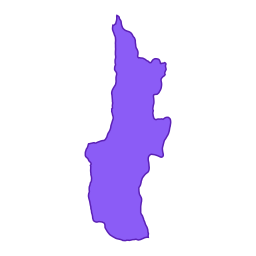 X-1 Right Bank Essequibo, Upper Demerara-Berbice, Guyana
{"feature_id": "73187651B95579298937311", "entity_name": "X-1 Right Bank Essequibo", "entity_type": "district", "adm_level": 2, "iso_a3": "GUY", "parent_name": "Guyana", "parent_adm1": "Upper Demerara-Berbice", "projection": "robinson", "projection_center": [-58.454, 5.555], "detail": "fine", "context": "isolated", "style": "filled", "palette": "violet", "viewbox_px": 256, "rotation_deg": 0, "n_neighbors": 0, "source": "geoboundaries", "source_scale": "gbopen_adm2", "svg_char_len": 5765}
<svg xmlns="http://www.w3.org/2000/svg" viewBox="0 0 256 256"><path d="M112.8,25.3L112.8,25.7L112.6,27.1L112.5,28.5L112.6,29.7L113.1,31.2L113.8,32.9L114.2,34.1L114.5,35.1L115.1,36.3L115.4,37.3L115.6,40.2L115.5,41.8L115.4,43.3L115.5,44.6L115.5,46.0L115.5,47.4L115.6,48.9L115.5,50.4L115.4,52.0L115.4,53.2L115.4,54.5L115.6,55.9L115.7,57.1L115.5,58.5L115.1,59.9L115.1,61.0L115.1,62.3L115.2,63.3L115.5,64.3L115.4,65.3L114.9,66.2L114.6,67.9L114.6,69.6L115.1,70.6L115.9,71.7L116.5,72.7L116.7,74.1L116.5,75.1L116.2,76.3L116.0,77.5L116.0,78.5L116.0,79.9L116.1,81.3L115.9,82.8L115.7,83.9L115.4,84.9L114.8,85.8L114.3,86.6L113.5,87.9L112.9,89.0L112.3,90.2L111.9,91.5L111.7,92.7L111.7,93.7L112.0,95.1L112.1,96.2L112.3,98.9L112.4,100.1L112.4,101.4L112.7,102.9L112.5,104.2L112.3,105.7L112.4,106.9L112.5,108.1L111.7,108.9L111.8,110.0L111.7,111.6L112.2,113.0L112.4,114.0L112.6,115.1L113.0,116.2L113.2,117.3L113.2,118.5L112.9,119.5L112.4,121.0L112.0,122.4L111.6,123.6L111.3,124.6L110.9,126.0L110.8,127.0L110.5,128.5L110.0,129.9L109.5,131.0L109.0,131.9L108.4,132.8L107.7,134.2L107.3,135.5L107.0,136.4L106.7,137.4L106.1,138.2L105.6,139.1L104.9,139.9L104.0,140.5L103.1,140.5L102.1,140.7L101.2,140.9L100.3,141.2L99.3,141.6L98.1,142.0L97.0,142.5L96.0,143.0L95.0,143.1L94.2,142.7L93.2,142.8L92.2,143.1L91.0,143.3L90.0,143.6L88.6,143.8L88.2,144.8L87.9,146.1L87.5,147.2L87.0,148.2L86.3,149.2L86.0,150.3L85.5,151.7L85.3,152.7L85.3,154.0L85.3,155.3L85.6,156.4L86.4,157.3L87.6,158.3L88.3,159.4L88.7,160.4L89.4,161.4L90.4,162.3L91.1,163.4L91.1,164.4L90.4,165.3L90.8,166.7L90.7,167.8L90.7,168.8L90.6,170.3L90.7,171.9L90.9,173.5L90.9,174.8L91.3,176.1L91.5,177.3L91.6,178.5L91.5,179.5L91.4,180.9L91.0,181.9L90.4,182.8L90.2,184.0L89.8,185.5L89.3,186.8L89.2,188.1L89.2,190.1L89.4,191.2L89.2,192.4L88.7,193.7L88.5,195.2L88.5,196.4L88.7,197.5L89.0,198.8L89.4,200.2L89.8,201.8L90.1,203.6L90.4,205.2L90.8,206.9L90.9,208.6L91.2,209.8L91.5,210.8L91.5,211.8L91.7,212.9L92.1,214.2L92.4,215.4L92.6,216.6L92.7,218.1L93.0,219.1L93.4,220.4L94.3,221.3L95.6,221.9L96.8,222.1L97.8,221.9L98.9,221.6L99.9,221.7L100.8,221.8L102.1,222.0L103.2,222.5L104.0,222.9L104.6,223.7L104.9,224.7L105.0,226.0L105.0,227.3L105.5,228.5L106.2,229.6L107.0,231.0L107.6,231.9L108.2,232.7L109.5,234.3L110.5,235.2L111.4,235.7L112.4,236.4L113.5,237.0L114.6,237.6L115.6,238.2L116.7,238.6L117.9,238.9L118.9,239.1L119.7,239.3L120.6,239.5L121.8,239.9L122.6,240.4L123.4,240.5L124.6,240.6L125.6,240.6L126.8,240.2L128.1,240.2L129.3,240.4L130.2,240.2L131.2,240.0L132.2,239.7L133.2,239.6L134.2,239.6L135.2,239.3L136.3,239.3L137.3,239.7L138.3,240.0L139.4,239.8L140.6,239.5L141.5,239.1L142.7,238.6L143.9,238.1L144.8,237.6L145.8,237.5L146.8,237.2L148.3,237.3L148.1,235.9L148.3,234.7L148.4,233.3L148.0,232.3L147.9,231.0L147.7,229.5L147.3,228.2L146.9,227.1L146.4,226.2L145.9,225.3L145.4,224.2L145.0,223.0L144.7,222.0L144.2,220.9L143.7,219.8L143.5,218.7L142.9,217.2L142.4,215.8L141.8,214.9L141.2,214.0L140.7,212.7L140.7,211.6L140.7,209.7L140.7,208.3L140.7,206.7L140.8,205.6L141.0,204.4L141.2,202.7L141.5,201.5L141.6,200.2L141.6,199.0L141.3,197.8L140.8,196.8L140.3,195.8L139.7,194.8L139.3,193.7L139.1,192.2L138.9,190.9L138.9,189.8L138.8,188.7L138.9,187.5L139.6,186.5L140.4,185.1L140.7,184.0L141.1,182.4L141.2,181.2L141.7,180.0L142.1,178.6L142.6,177.6L143.5,176.4L144.4,175.2L145.4,174.1L146.1,173.5L146.9,172.9L148.0,172.0L148.7,170.8L149.1,169.2L149.2,167.4L149.0,165.8L148.9,164.3L148.7,162.6L148.4,161.1L148.2,159.9L148.2,158.8L148.3,157.6L148.6,156.6L149.3,155.6L150.0,154.9L151.0,154.3L151.9,154.3L153.0,154.5L154.1,154.6L155.3,154.9L156.5,155.3L157.9,155.8L159.0,156.3L160.2,156.9L161.1,157.2L162.1,157.0L162.9,156.4L163.3,155.2L163.2,154.0L163.0,153.1L162.7,151.7L162.5,150.2L162.4,149.0L162.4,148.0L162.7,146.6L163.0,145.6L163.2,144.6L163.5,143.6L163.9,142.0L164.2,141.0L164.8,139.7L165.5,138.9L166.3,137.5L167.1,136.1L167.9,134.8L168.5,133.4L169.0,131.8L169.3,130.7L169.5,129.4L169.8,127.6L170.2,126.1L170.4,124.7L170.6,123.4L170.7,122.3L170.6,120.8L170.4,119.7L170.0,118.8L169.3,118.1L168.4,117.4L167.3,117.3L166.2,117.4L165.1,117.8L163.9,118.7L163.0,119.3L161.9,118.9L161.0,119.0L160.0,119.1L159.1,119.1L158.2,119.0L157.2,119.2L156.3,119.6L155.3,119.5L154.5,119.0L153.8,118.0L153.4,116.6L153.1,115.3L153.0,114.2L152.8,113.2L153.0,111.9L153.3,110.7L152.9,109.5L152.8,108.4L153.0,107.3L153.2,105.8L153.5,104.7L153.8,103.5L153.9,102.4L153.9,101.2L153.8,99.7L153.7,98.5L153.5,97.1L153.4,95.8L153.7,94.9L155.0,94.4L156.0,94.4L157.2,94.2L158.5,93.1L159.1,92.3L159.6,91.3L160.3,90.2L160.8,89.0L161.2,87.9L161.4,86.6L161.6,85.0L161.6,83.9L161.5,82.8L161.2,81.4L161.0,80.1L161.2,78.8L161.9,77.8L162.7,76.9L163.6,76.2L164.5,75.6L165.1,74.6L164.8,73.8L164.8,72.5L165.2,71.4L165.6,70.5L166.1,69.6L166.0,68.6L165.7,67.4L165.5,66.3L165.6,65.2L166.0,64.0L165.5,63.1L164.6,62.6L163.7,63.1L162.6,63.2L161.7,63.4L160.9,63.6L160.4,63.2L160.5,62.9L159.8,61.1L159.4,60.1L158.6,59.3L157.7,59.0L156.8,58.8L155.8,58.7L154.7,58.8L153.9,59.2L153.1,59.7L152.3,60.6L151.6,61.7L150.9,62.6L149.9,62.7L149.1,62.2L148.5,61.4L147.1,60.8L146.3,60.3L145.5,59.6L144.7,59.1L143.9,58.7L142.9,58.2L141.7,58.0L140.7,58.0L139.6,57.7L138.6,57.8L137.9,57.1L137.6,56.0L137.9,54.6L138.0,53.4L138.0,52.3L137.8,51.2L137.4,50.2L136.9,49.1L136.2,47.9L135.8,46.5L135.7,45.4L135.6,44.2L135.4,43.1L135.3,41.7L135.3,40.4L134.9,39.1L134.3,37.7L133.6,37.0L132.9,36.0L132.5,35.1L131.5,33.5L130.8,32.8L129.8,32.1L129.0,31.7L128.1,31.4L127.1,31.1L126.1,30.7L124.9,30.1L123.9,29.3L123.0,28.4L122.5,27.5L122.1,26.5L121.7,25.4L121.4,24.1L121.2,22.6L121.0,21.2L120.5,20.2L119.8,19.3L119.3,18.2L119.2,17.1L118.5,16.5L117.8,15.8L116.9,15.4L116.7,16.0L116.8,18.5L116.7,19.4L116.5,20.6L115.7,23.4L115.7,23.8L115.2,24.0L113.7,25.3L113.2,25.4L112.8,25.3Z" fill="#8b5cf6" stroke="#5b21b6" stroke-width="1.5"/></svg>